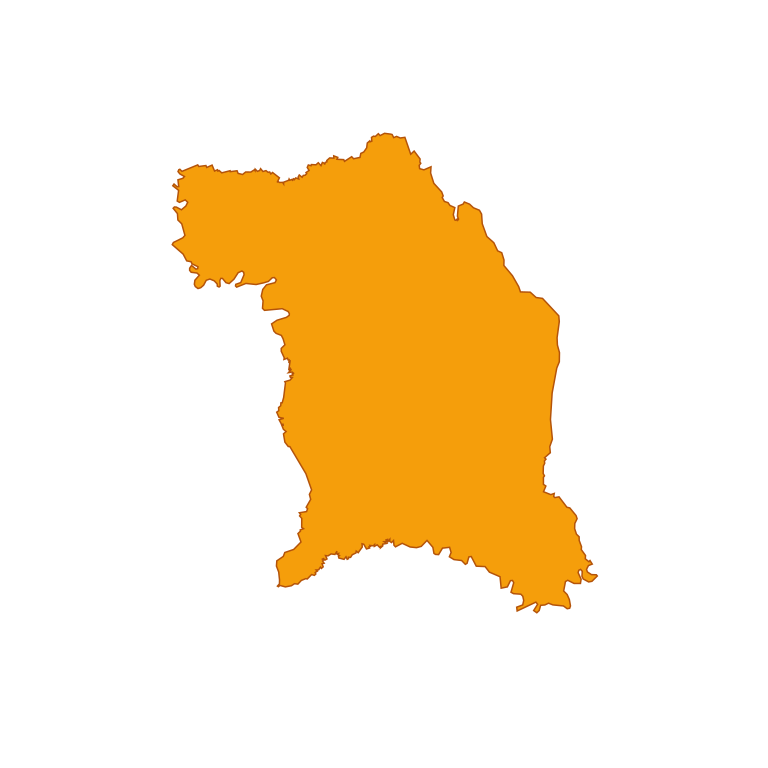 the district of Bojonegoro, Jawa Timur, Indonesia, rotated 243°
{"feature_id": "22746128B62232019301027", "entity_name": "Bojonegoro", "entity_type": "district", "adm_level": 2, "iso_a3": "IDN", "parent_name": "Indonesia", "parent_adm1": "Jawa Timur", "projection": "mercator", "projection_center": [111.819, -7.228], "detail": "fine", "context": "isolated", "style": "filled", "palette": "amber", "viewbox_px": 768, "rotation_deg": 243, "n_neighbors": 0, "source": "geoboundaries", "source_scale": "gbopen_adm2", "svg_char_len": 6170}
<svg xmlns="http://www.w3.org/2000/svg" viewBox="0 0 768 768"><g transform="rotate(243 384 384)"><path d="M129.0,487.8L133.2,487.4L132.6,485.9L136.9,484.0L139.7,485.7L146.9,484.6L149.3,486.1L156.0,486.9L159.3,488.5L162.8,487.3L168.6,488.2L173.1,490.7L176.3,494.9L179.6,495.4L189.2,493.3L191.2,491.0L204.0,488.7L205.2,484.7L206.7,484.1L209.2,486.0L209.7,482.4L215.6,477.2L219.6,481.9L222.2,480.5L228.5,483.7L229.3,485.3L232.0,485.2L238.6,488.8L240.4,491.2L242.6,492.0L243.5,494.2L245.4,493.6L247.3,501.0L252.9,503.2L258.4,509.0L276.8,516.2L299.6,529.7L319.8,545.2L324.2,550.3L332.3,554.6L340.0,556.2L346.6,559.2L360.0,568.5L365.4,570.7L388.3,564.1L392.0,558.8L399.4,556.0L404.1,547.4L409.6,548.2L422.2,547.6L435.2,544.6L440.0,547.2L447.5,548.5L451.1,545.7L460.0,546.0L468.7,542.6L482.2,544.3L491.1,548.1L495.5,547.9L500.4,543.7L505.4,541.9L509.7,538.2L508.4,536.2L508.8,531.0L500.2,525.6L497.1,525.3L496.4,524.0L497.7,523.9L497.1,522.5L498.0,521.6L503.4,522.6L509.0,527.2L513.2,523.8L516.5,523.4L519.2,520.7L523.7,520.5L524.7,522.1L529.0,522.6L540.2,519.5L550.8,521.3L556.2,524.5L556.7,516.8L559.7,513.5L562.8,514.6L564.0,517.0L565.5,516.7L568.1,518.3L577.9,516.6L576.6,512.1L594.3,514.6L595.8,510.2L598.9,507.6L599.1,504.5L602.6,504.5L603.6,503.4L607.1,498.3L607.1,493.3L609.6,492.6L608.5,488.6L609.6,487.2L609.4,484.8L605.9,483.4L606.1,481.6L607.1,481.7L606.3,478.5L602.3,475.8L599.9,471.3L600.0,468.0L596.8,465.5L598.5,459.2L601.2,458.4L600.3,449.9L602.2,450.0L605.6,444.1L606.9,445.7L610.1,442.8L608.0,441.9L610.1,438.2L609.1,434.5L607.9,434.0L608.1,432.3L606.5,430.7L607.7,431.1L609.4,429.7L607.2,427.0L611.0,425.9L610.2,422.9L612.5,418.9L611.6,418.1L613.5,416.0L611.8,413.9L608.3,414.2L607.8,410.5L606.5,410.6L605.8,408.5L606.5,406.8L605.4,404.9L608.7,403.4L607.4,401.5L605.4,401.1L607.7,398.9L606.8,396.9L607.9,396.7L607.8,395.1L606.3,395.2L608.1,394.7L608.3,392.6L609.7,392.5L608.8,391.6L609.4,386.1L607.9,385.4L609.7,385.2L611.1,382.2L612.7,381.6L612.1,380.3L615.2,384.4L623.1,380.7L622.5,378.5L624.8,378.4L625.3,376.8L627.7,375.7L628.3,372.6L631.9,371.8L630.7,370.2L630.9,367.8L633.9,366.8L632.5,365.9L633.7,365.7L633.3,361.5L635.7,357.0L634.9,353.1L637.9,349.6L640.7,349.9L643.0,343.4L643.9,343.7L645.8,335.3L649.1,334.0L649.1,332.7L650.5,332.9L650.7,329.7L657.1,330.2L657.4,324.4L659.5,324.5L661.9,317.7L663.8,317.5L665.2,300.5L668.0,299.6L668.1,298.5L666.8,296.9L663.8,297.5L659.5,300.4L658.6,298.1L659.5,293.1L653.1,290.7L653.7,289.2L657.5,287.7L656.5,285.8L649.8,288.9L640.9,282.8L638.7,284.2L638.3,290.5L635.0,291.6L632.5,288.2L631.2,282.6L635.9,279.3L636.9,277.6L636.3,275.9L629.6,277.3L623.7,274.8L618.5,276.5L606.8,274.1L605.6,271.1L605.7,260.6L604.3,258.6L590.9,264.0L583.3,264.1L580.5,267.6L578.2,267.5L573.0,271.5L571.4,270.4L571.7,268.6L577.0,266.3L575.4,263.4L573.5,262.4L571.1,262.9L567.8,267.7L564.8,268.9L562.3,262.6L559.0,260.3L556.5,260.1L553.5,261.6L553.0,264.4L553.9,268.1L557.1,272.7L556.6,276.5L553.0,279.6L548.9,280.8L546.8,279.9L545.3,281.1L545.6,282.4L550.7,284.7L552.2,286.6L551.4,288.0L546.0,289.2L543.8,291.6L545.5,297.9L549.4,304.6L549.2,308.7L547.2,309.7L544.9,308.9L539.4,302.4L540.1,297.2L538.8,296.2L537.2,296.7L536.3,306.6L530.7,315.2L528.7,323.0L527.9,327.6L529.4,332.7L528.6,334.7L525.6,335.4L523.8,332.9L525.7,324.3L523.3,318.9L518.0,314.5L513.0,314.0L506.6,310.1L503.9,310.9L497.3,327.5L492.1,331.5L489.6,331.6L488.2,330.7L487.7,327.2L489.4,317.6L488.6,311.1L481.1,309.9L478.2,310.8L473.9,314.6L470.1,314.6L463.9,313.5L462.4,308.6L459.8,307.3L452.6,307.0L451.3,306.0L450.8,309.7L449.0,309.5L448.6,310.4L446.8,309.3L446.9,310.6L440.0,305.7L439.0,306.0L440.3,307.6L438.9,307.7L437.5,304.0L436.4,307.5L434.0,308.6L435.0,307.8L434.8,306.9L433.4,306.9L433.9,303.8L432.4,303.6L431.4,305.2L430.1,302.1L431.1,296.7L429.7,296.7L417.6,288.5L413.5,284.8L414.0,283.6L411.5,282.1L410.9,279.4L408.0,278.1L407.6,275.6L402.0,275.3L398.9,279.1L399.8,274.3L394.7,274.4L393.9,275.8L393.0,275.4L393.8,274.2L389.3,273.8L386.1,275.2L385.2,271.8L377.2,269.3L371.8,270.3L370.9,271.7L339.6,273.7L322.5,271.4L319.5,267.4L314.5,266.3L309.5,258.7L307.6,259.3L305.5,257.1L307.7,250.1L305.6,250.5L304.8,248.9L301.6,249.7L293.7,245.6L291.6,246.6L292.0,243.1L290.8,242.7L289.8,239.4L280.9,238.3L277.6,228.4L278.9,219.1L276.1,216.0L275.1,208.2L270.6,205.5L264.2,204.8L256.7,201.9L253.4,200.1L252.3,197.3L251.3,197.9L251.8,199.8L248.0,204.0L246.3,209.9L246.7,213.6L244.8,216.4L246.5,221.2L246.1,225.9L245.1,227.1L247.1,233.0L245.1,235.1L245.7,237.0L247.3,237.1L247.5,239.6L249.1,239.1L248.1,241.4L249.7,244.2L248.1,244.5L248.7,246.8L252.0,247.2L251.5,249.3L254.2,248.9L254.7,250.4L255.9,249.7L255.9,250.9L253.9,251.4L254.0,253.8L257.7,254.0L256.3,256.0L256.6,259.7L254.4,262.9L256.4,266.3L254.6,264.3L253.7,266.4L253.3,265.2L251.4,266.4L251.2,265.2L249.4,264.8L245.9,268.8L247.3,271.7L244.5,271.6L244.5,273.1L245.8,273.7L244.7,275.5L246.3,278.2L246.2,282.3L247.7,283.4L245.4,284.4L248.6,290.6L251.6,291.9L250.4,293.2L245.0,293.5L244.4,296.6L245.7,296.6L245.4,298.1L246.6,298.1L244.7,301.0L245.2,302.7L243.7,301.8L243.8,304.9L240.6,305.9L240.7,307.3L239.6,306.6L240.3,309.4L241.9,310.1L240.8,313.9L243.4,312.6L242.4,314.7L244.2,315.0L243.9,316.7L241.7,315.8L243.0,318.7L241.1,317.7L239.3,318.7L240.2,321.4L235.8,319.7L233.7,320.3L233.8,327.9L226.9,333.3L223.4,338.7L222.4,343.5L225.1,351.3L216.3,353.4L210.4,351.6L208.8,352.5L207.2,355.2L211.2,361.6L208.7,368.3L203.4,367.3L200.4,363.8L195.8,366.6L191.5,373.0L186.4,374.6L186.5,376.6L191.4,381.1L190.7,383.4L179.8,383.5L175.4,391.2L168.5,392.5L159.6,399.9L148.9,395.7L147.2,401.8L151.4,407.4L150.6,409.3L148.1,409.4L140.8,402.6L138.4,404.2L134.6,410.5L131.9,411.3L127.7,410.2L124.2,407.3L124.9,400.9L121.3,399.6L120.7,420.3L118.0,420.9L114.2,414.5L110.8,416.3L111.7,419.4L115.7,423.1L114.1,427.0L114.0,431.1L110.5,434.2L104.8,443.1L100.6,445.2L99.9,447.6L101.6,449.4L107.8,451.3L113.3,451.6L118.0,450.1L125.6,456.0L125.7,458.6L120.0,462.8L117.1,468.5L120.6,471.0L127.8,471.3L129.6,473.0L129.6,475.0L127.1,475.6L122.8,473.1L119.8,473.0L114.7,476.5L113.8,479.7L116.1,486.9L117.6,486.6L120.0,482.3L124.2,479.9L126.9,480.3L129.4,483.7L129.0,487.8Z" fill="#f59e0b" stroke="#b45309" stroke-width="1.5"/></g></svg>